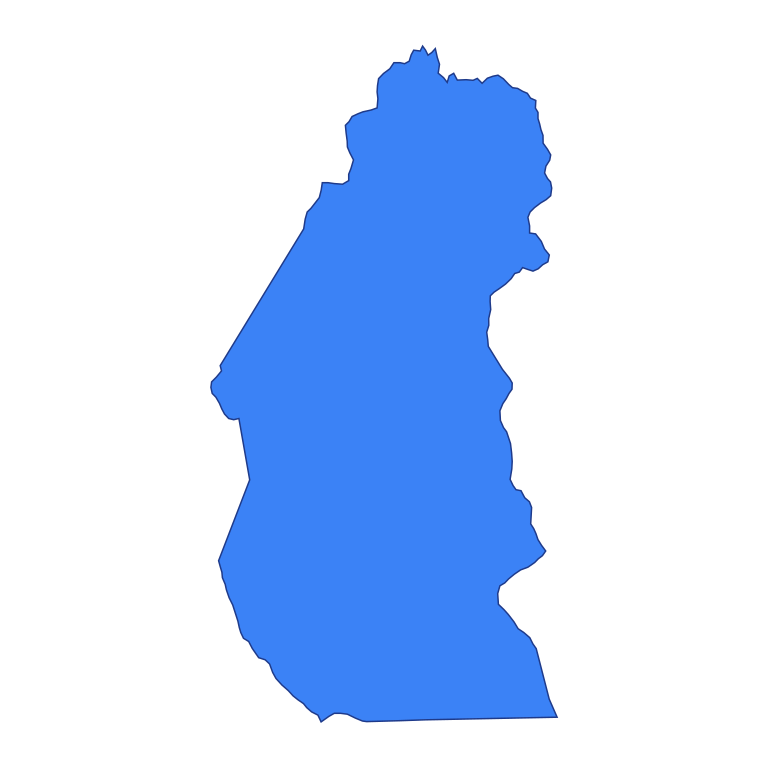 the district of Palmeiras, Bahia, Brazil
{"feature_id": "56859067B40593340252607", "entity_name": "Palmeiras", "entity_type": "district", "adm_level": 2, "iso_a3": "BRA", "parent_name": "Brazil", "parent_adm1": "Bahia", "projection": "equal_earth", "projection_center": [-41.531, -12.534], "detail": "fine", "context": "isolated", "style": "filled", "palette": "blue", "viewbox_px": 768, "rotation_deg": 0, "n_neighbors": 0, "source": "geoboundaries", "source_scale": "gbopen_adm2", "svg_char_len": 2708}
<svg xmlns="http://www.w3.org/2000/svg" viewBox="0 0 768 768"><path d="M321.1,721.9L329.0,716.3L334.3,713.3L340.4,713.3L347.4,714.2L355.4,718.1L362.4,721.0L366.6,721.6L399.5,720.7L425.6,719.8L557.1,717.2L549.2,699.1L536.2,648.6L532.9,643.9L529.8,637.7L523.9,632.6L518.1,628.7L514.0,621.9L508.3,614.5L504.1,609.8L498.4,604.3L497.7,593.6L499.9,585.8L504.8,582.9L508.5,579.0L514.2,574.3L520.6,569.9L527.9,567.2L534.7,562.5L538.4,558.7L542.4,555.7L545.7,551.0L541.5,545.3L537.9,539.5L536.0,533.8L533.8,528.8L530.7,523.9L531.6,507.5L529.4,501.8L524.7,497.7L521.0,490.7L516.0,489.7L513.1,485.6L510.1,479.4L511.8,469.0L512.2,461.4L511.6,452.9L510.5,443.6L508.6,437.8L506.6,431.8L503.5,427.6L500.4,420.5L499.9,410.8L502.8,403.7L506.2,398.7L508.9,393.6L512.0,389.2L512.2,383.0L509.4,378.2L502.4,369.3L488.3,346.4L487.7,339.6L486.7,332.2L488.8,325.3L488.7,318.5L490.7,309.6L490.1,301.4L490.3,295.8L494.0,292.2L500.0,288.1L505.5,284.1L511.2,278.6L514.7,273.5L519.3,272.1L522.6,267.6L527.7,269.4L533.0,271.1L538.2,268.8L542.7,264.7L547.9,261.8L549.3,255.0L544.5,249.0L541.3,241.4L535.6,233.9L529.6,233.0L529.6,225.9L527.9,217.3L530.1,212.0L534.5,207.6L540.4,203.1L546.2,199.6L550.7,195.7L551.7,188.1L550.5,181.9L547.5,178.5L544.6,173.0L545.9,166.2L549.7,160.2L550.7,154.9L547.5,149.3L543.1,143.2L543.0,135.4L540.9,129.5L539.6,123.8L538.0,118.6L538.0,112.4L535.4,108.1L535.8,100.5L530.5,98.1L527.3,93.3L522.6,91.3L517.6,88.4L512.5,87.7L508.8,84.5L503.4,78.8L498.0,75.2L493.0,76.2L487.4,78.2L482.1,83.3L477.3,78.4L473.1,80.3L466.1,79.7L457.3,80.1L453.7,73.3L449.2,75.9L447.2,82.4L443.6,77.7L438.2,73.2L439.5,64.3L437.3,57.5L435.3,48.6L431.8,52.5L428.0,55.2L425.5,50.1L422.6,46.1L420.2,51.0L413.7,50.2L411.2,54.8L409.2,61.2L404.6,63.7L400.1,62.7L393.9,62.7L389.8,68.8L383.5,73.5L378.6,78.6L377.5,85.7L377.1,91.9L377.9,98.7L377.1,107.9L371.2,110.0L367.2,110.9L363.0,111.8L357.9,113.8L352.1,116.5L349.0,121.7L345.4,125.3L346.1,132.8L347.2,141.1L347.4,147.0L349.8,152.8L353.5,159.9L350.9,168.7L348.7,174.2L348.7,180.6L342.6,184.2L334.4,183.6L328.1,182.7L322.3,182.7L321.2,190.1L319.3,197.6L315.2,202.9L310.9,208.4L307.2,212.0L305.2,219.1L303.7,228.9L220.2,365.6L221.5,370.9L216.4,377.1L211.6,381.9L210.9,387.4L212.2,393.4L215.9,397.2L219.5,403.4L221.7,408.7L224.5,414.0L228.7,418.5L233.7,419.7L238.9,418.5L249.7,479.9L218.6,560.7L220.4,567.2L221.9,572.2L222.4,577.7L225.2,584.3L226.4,589.8L229.1,597.7L232.7,604.9L235.3,613.0L237.9,621.1L239.3,627.6L240.8,632.6L243.5,638.3L248.7,641.5L252.3,648.5L258.7,657.7L265.2,659.8L269.6,664.0L272.7,672.5L276.0,678.5L282.1,685.2L288.3,690.6L293.1,695.9L298.0,699.8L303.5,703.6L306.7,707.6L311.6,711.9L317.9,715.1L321.1,721.9Z" fill="#3b82f6" stroke="#1e3a8a" stroke-width="1.5"/></svg>